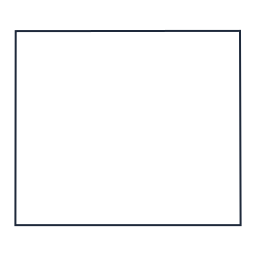 the district of Johnson, Nebraska, United States of America
{"feature_id": "52423323B53057629068436", "entity_name": "Johnson", "entity_type": "district", "adm_level": 2, "iso_a3": "USA", "parent_name": "United States of America", "parent_adm1": "Nebraska", "projection": "albers", "projection_center": [-96.305, 40.393], "detail": "fine", "context": "isolated", "style": "outline", "palette": "slate", "viewbox_px": 256, "rotation_deg": 0, "n_neighbors": 0, "source": "geoboundaries", "source_scale": "gbopen_adm2", "svg_char_len": 182}
<svg xmlns="http://www.w3.org/2000/svg" viewBox="0 0 256 256"><path d="M15.4,225.1L240.6,225.1L240.0,30.9L15.7,31.1L15.4,225.1Z" fill="none" stroke="#1e293b" stroke-width="2"/></svg>